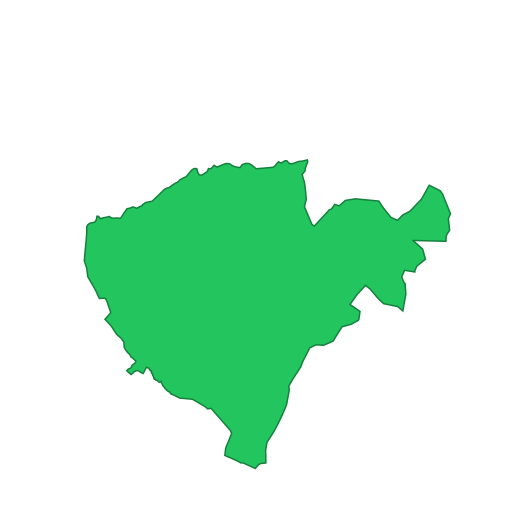 the district of Dass, Bauchi, Nigeria, rotated 312°
{"feature_id": "59680162B55124041708975", "entity_name": "Dass", "entity_type": "district", "adm_level": 2, "iso_a3": "NGA", "parent_name": "Nigeria", "parent_adm1": "Bauchi", "projection": "albers", "projection_center": [9.466, 10.009], "detail": "fine", "context": "isolated", "style": "filled", "palette": "green", "viewbox_px": 512, "rotation_deg": 312, "n_neighbors": 0, "source": "geoboundaries", "source_scale": "gbopen_adm2", "svg_char_len": 3577}
<svg xmlns="http://www.w3.org/2000/svg" viewBox="0 0 512 512"><g transform="rotate(312 256 256)"><path d="M258.9,148.5L256.3,147.4L252.7,146.4L248.6,145.6L246.2,144.0L244.4,143.4L227.3,142.2L224.8,140.4L222.0,138.3L218.6,137.4L217.2,137.7L215.6,136.8L213.8,136.2L211.6,135.4L210.8,133.0L209.9,131.5L207.2,130.3L204.8,128.5L202.3,128.8L199.0,129.2L197.3,129.5L196.2,129.7L193.7,130.1L192.4,128.9L191.1,127.0L189.0,125.1L187.5,123.0L187.2,120.5L185.1,119.2L182.6,117.2L179.7,115.4L180.1,112.4L179.1,111.2L176.8,112.8L173.7,113.6L171.5,112.3L169.3,110.6L166.8,110.1L164.1,110.8L161.0,113.9L152.5,120.4L137.6,131.5L133.6,138.5L128.1,144.7L123.3,159.4L119.6,168.0L123.6,172.0L123.1,174.5L116.9,185.7L116.4,186.0L110.8,186.1L107.9,186.1L107.1,195.2L105.5,201.1L104.5,204.9L104.6,210.8L103.5,215.6L100.1,218.9L99.0,221.9L98.4,225.0L98.2,228.5L97.3,230.7L97.7,232.4L97.5,233.4L97.6,234.5L97.5,235.6L97.4,237.1L96.5,237.5L95.3,237.8L93.3,237.3L91.9,237.0L90.3,237.6L89.1,237.9L87.9,237.4L86.3,236.7L84.3,236.7L84.2,239.0L84.3,242.5L85.7,242.6L86.6,242.9L87.6,242.9L89.0,243.1L90.1,243.6L91.4,244.3L92.1,245.9L92.3,246.7L92.3,247.5L92.3,248.6L92.6,249.1L92.8,249.8L93.2,250.8L100.1,249.0L100.3,249.9L100.5,250.6L101.0,251.6L100.8,252.2L100.4,252.7L100.7,253.2L100.3,253.6L100.0,254.3L100.7,255.2L100.5,255.5L100.0,255.7L99.6,256.2L99.1,256.5L99.0,257.4L99.0,258.4L98.7,258.5L98.3,259.0L98.0,259.5L97.9,260.4L97.4,260.9L97.3,261.4L97.3,262.2L96.9,262.5L96.5,262.4L96.4,262.8L96.6,263.1L96.9,263.4L97.0,263.9L96.8,264.4L96.9,265.0L97.4,265.7L97.5,266.4L97.3,267.1L97.3,268.4L98.6,269.2L99.3,269.3L99.0,269.6L98.5,270.2L98.3,270.9L98.1,271.9L97.6,272.6L97.4,273.4L97.2,274.0L97.2,275.0L97.0,275.8L96.9,276.5L96.6,277.3L96.7,278.3L96.5,279.6L96.6,280.7L96.7,281.8L97.0,282.4L97.3,283.0L96.9,283.8L96.5,284.5L96.8,285.9L97.3,286.9L99.4,294.4L107.0,304.6L110.0,318.9L110.0,322.3L112.7,324.6L109.2,353.7L107.7,356.7L93.0,362.0L86.9,366.3L90.7,377.5L92.2,383.4L93.5,384.6L97.7,397.7L102.8,397.5L104.7,398.3L105.5,398.9L107.8,400.9L108.8,401.8L112.7,398.2L115.4,395.7L118.1,393.1L125.0,388.8L136.4,387.0L146.6,384.5L154.4,382.2L165.8,378.3L179.1,370.1L181.2,367.4L189.4,365.7L203.4,363.5L208.8,361.4L223.8,357.4L230.2,360.1L234.8,365.9L244.2,370.2L260.9,367.3L269.3,372.6L269.8,372.7L270.3,372.9L276.8,375.1L277.6,374.9L284.4,370.4L282.9,358.3L295.1,356.9L307.5,357.1L307.8,363.0L306.4,373.2L306.0,378.0L306.0,382.8L313.3,395.3L313.4,401.9L327.9,392.9L335.4,385.1L335.2,384.0L337.9,378.3L344.8,376.0L350.4,384.7L351.6,383.8L356.2,382.3L367.0,384.1L372.6,375.3L372.6,362.9L372.6,362.4L372.8,362.5L394.0,387.3L398.1,384.0L400.2,383.3L404.7,382.7L412.4,374.0L416.3,372.6L417.5,372.4L426.7,353.5L427.8,349.3L424.5,337.4L409.1,340.9L392.4,340.5L384.7,337.6L377.2,337.3L375.0,330.5L376.9,318.7L379.0,310.5L365.0,291.6L357.1,285.2L348.8,284.2L347.1,280.0L341.2,280.6L339.4,279.6L317.3,279.3L316.9,276.4L325.0,259.1L329.3,256.7L331.5,255.7L337.2,249.6L340.4,246.0L343.5,242.2L344.8,239.8L347.6,235.7L351.7,235.6L355.2,233.5L360.8,231.3L361.7,229.8L358.0,227.3L354.9,224.5L348.6,221.1L347.1,219.1L347.2,217.0L347.4,215.1L346.1,213.8L341.7,212.3L341.1,209.7L338.9,209.6L335.7,209.8L333.4,209.4L320.9,197.7L320.9,195.4L320.7,192.1L320.0,188.8L317.8,186.3L314.7,184.6L311.1,185.0L309.3,182.5L308.0,180.0L307.1,176.9L306.8,174.4L304.4,171.6L297.9,168.4L295.9,167.5L295.4,164.2L291.2,164.2L289.7,163.2L289.1,162.2L286.1,163.3L279.8,161.6L278.3,159.5L279.1,156.9L281.3,153.5L279.7,151.6L277.3,150.7L268.0,151.0L265.8,149.9L261.3,148.4L258.9,148.5Z" fill="#22c55e" stroke="#15803d" stroke-width="1.5"/></g></svg>